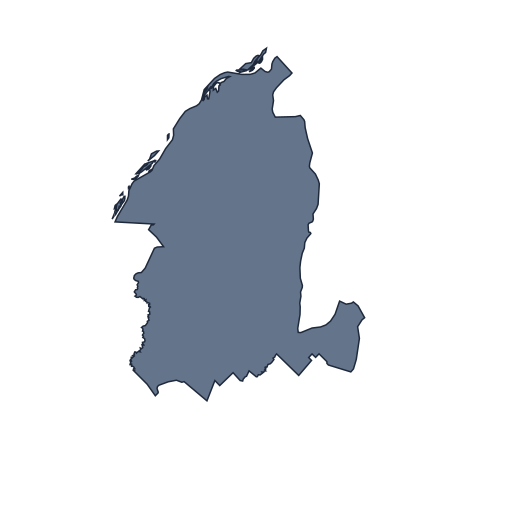 the district of Itatí, Corrientes, Argentina, rotated 307°
{"feature_id": "61730980B76052784863315", "entity_name": "Itatí", "entity_type": "district", "adm_level": 2, "iso_a3": "ARG", "parent_name": "Argentina", "parent_adm1": "Corrientes", "projection": "orthographic", "projection_center": [-58.126, -27.604], "detail": "fine", "context": "isolated", "style": "filled", "palette": "slate", "viewbox_px": 512, "rotation_deg": 307, "n_neighbors": 0, "source": "geoboundaries", "source_scale": "gbopen_adm2", "svg_char_len": 6172}
<svg xmlns="http://www.w3.org/2000/svg" viewBox="0 0 512 512"><g transform="rotate(307 256 256)"><path d="M207.8,176.6L203.7,171.7L201.1,170.2L179.6,174.8L173.8,174.4L171.6,172.0L169.6,170.9L167.2,170.6L164.7,171.7L164.0,172.9L164.0,174.8L164.9,177.2L164.0,178.2L161.4,178.4L160.7,179.9L159.5,180.2L158.7,181.2L157.7,181.3L156.6,180.2L154.1,180.4L153.4,183.5L152.3,184.0L151.1,183.5L151.1,185.4L152.1,186.9L153.8,187.7L153.7,191.5L154.6,191.8L154.7,192.4L153.3,193.5L154.8,194.4L153.4,195.1L153.5,196.7L153.0,197.3L153.6,197.5L154.2,199.5L153.3,200.2L152.6,199.5L151.2,200.7L151.9,201.6L151.7,202.4L150.4,202.2L147.1,203.5L147.5,204.5L145.7,206.2L144.0,205.3L143.9,205.9L142.7,206.1L142.6,207.1L142.0,206.9L140.3,209.2L138.4,208.5L137.5,209.5L133.9,209.5L132.0,208.0L130.0,207.6L130.1,208.9L129.3,209.9L127.7,210.6L128.1,211.4L126.8,212.9L124.9,212.8L124.4,213.0L124.2,214.4L122.8,214.6L123.0,216.7L121.8,218.1L120.5,218.7L118.7,217.3L117.8,218.3L117.0,218.3L117.7,219.3L117.4,220.0L116.2,218.8L114.6,220.7L113.2,220.3L112.9,219.0L112.0,220.1L110.2,220.2L109.8,221.2L109.4,220.4L109.7,219.7L106.6,218.9L107.0,218.3L106.6,217.0L104.8,217.3L104.0,218.2L102.4,217.5L102.7,218.9L101.2,218.6L100.1,217.3L99.6,217.6L99.8,218.4L97.7,218.2L97.1,219.9L96.6,219.8L96.4,218.8L94.9,220.7L93.8,220.4L93.4,220.9L94.6,221.9L93.0,223.0L93.8,223.8L93.7,225.6L93.0,227.0L92.2,226.1L91.3,226.5L91.3,227.6L90.8,227.2L88.1,246.3L83.8,259.7L87.7,260.2L88.5,259.8L90.5,256.8L92.4,255.9L94.3,256.2L102.7,261.6L108.9,267.2L110.5,272.7L112.4,274.2L110.8,304.0L131.8,298.1L130.7,305.0L149.0,307.9L147.0,318.3L148.1,320.6L149.9,319.9L153.2,320.1L154.2,320.8L160.1,319.6L159.7,328.9L160.5,329.7L162.6,329.3L163.4,330.8L166.5,331.7L166.9,330.6L167.8,332.1L169.0,331.9L170.0,332.8L170.0,332.1L171.0,332.0L170.9,331.3L171.9,331.5L172.3,330.6L172.8,331.0L173.1,330.5L174.0,331.6L176.6,330.8L178.4,332.2L180.3,332.6L184.1,332.6L184.7,331.1L186.7,331.8L188.1,331.3L190.2,331.4L186.3,362.0L206.0,363.2L206.6,359.2L211.5,359.7L210.9,364.6L215.8,365.2L214.3,376.2L212.9,377.3L212.5,379.4L220.5,401.5L224.5,401.8L233.8,398.3L252.4,388.2L260.7,379.7L268.9,379.1L272.1,379.9L277.6,367.5L277.9,361.4L275.8,360.7L271.8,357.0L270.3,349.9L257.1,354.2L248.8,354.7L243.0,353.3L238.2,350.3L232.2,344.1L221.8,337.9L220.4,335.7L223.3,332.9L235.7,326.4L242.0,321.9L244.7,319.3L250.9,316.1L254.1,313.2L258.7,311.9L260.4,310.8L264.9,304.8L273.2,298.0L278.8,294.7L286.0,291.3L291.3,289.9L296.1,286.9L301.0,285.9L306.9,286.3L307.5,285.3L306.9,283.7L307.6,282.8L312.3,278.8L314.1,278.6L317.0,280.3L318.2,280.3L320.0,279.6L323.9,276.2L330.2,275.8L334.6,274.5L351.8,263.1L354.1,260.0L357.2,254.1L358.8,245.8L359.8,244.6L362.8,242.9L372.2,239.1L380.8,226.6L388.1,218.0L392.7,213.9L393.7,212.2L394.9,206.8L391.0,203.6L378.5,187.8L380.9,182.9L383.1,180.5L390.6,176.5L394.7,172.4L397.7,171.2L402.7,171.1L413.6,172.3L420.3,174.3L423.8,174.6L427.9,152.8L425.4,152.0L421.3,152.4L418.9,153.2L414.5,155.9L410.9,155.6L409.7,154.6L408.8,152.1L409.0,146.8L401.5,145.0L397.7,142.2L392.5,135.4L385.9,122.7L383.5,120.6L379.4,118.2L372.8,116.0L357.7,114.5L347.7,118.6L343.3,119.0L340.1,118.1L334.0,114.5L329.0,112.5L320.0,112.4L307.8,113.5L302.8,117.6L298.5,119.3L287.4,119.2L275.3,120.7L266.8,120.1L261.8,121.4L259.7,121.0L242.6,113.6L239.3,113.5L231.6,115.2L227.1,118.1L223.0,119.5L204.3,121.5L198.4,122.9L220.2,155.4L219.2,155.3L217.6,153.7L212.4,154.4L211.2,165.2L207.8,176.6ZM368.4,118.5L371.8,119.2L376.8,121.5L383.0,126.1L383.5,127.1L379.8,125.5L376.1,125.4L373.6,123.8L372.0,123.7L372.2,122.6L371.8,121.2L370.3,120.1L364.9,119.7L365.7,118.8L368.4,118.5ZM369.6,124.0L365.2,126.8L363.5,126.5L365.6,123.0L362.8,122.1L366.0,120.1L370.1,120.3L371.6,121.2L371.9,122.5L371.1,124.5L369.6,124.0ZM350.0,119.4L350.6,118.6L352.5,118.1L358.3,118.1L360.4,118.6L360.8,119.1L359.5,120.4L353.0,123.7L352.3,122.7L355.0,120.0L350.7,119.1L350.7,119.9L349.9,120.4L347.7,120.2L350.0,119.4ZM354.0,116.5L353.4,116.9L353.5,116.5L355.1,115.6L358.5,115.0L361.7,115.7L359.7,116.4L354.0,116.5ZM361.5,118.0L363.3,118.2L363.0,118.7L364.0,118.1L364.6,118.6L364.1,119.5L363.1,119.5L361.5,118.0ZM403.5,132.0L395.3,130.5L397.6,133.5L399.4,137.3L407.1,138.7L410.6,137.9L418.1,138.3L417.4,136.8L415.8,135.8L412.5,135.2L407.6,135.9L403.5,132.0ZM424.1,138.0L419.4,138.7L415.4,138.3L412.7,138.9L411.7,140.0L411.4,140.2L409.8,139.5L408.8,140.2L407.3,139.9L413.0,141.1L421.8,140.6L424.3,141.2L428.2,139.3L424.1,138.0ZM250.0,111.2L251.6,113.0L254.4,114.0L267.6,117.4L269.0,117.2L269.5,116.5L264.8,113.3L264.6,113.9L264.2,114.1L263.1,114.0L262.0,113.7L259.8,112.4L257.0,112.6L252.9,112.1L250.0,111.2ZM220.2,113.8L213.5,113.8L210.0,115.6L208.4,118.4L209.6,118.5L214.1,116.6L212.6,118.1L215.0,118.0L216.6,115.7L218.7,115.5L220.4,114.6L220.2,113.8ZM279.9,113.4L274.7,111.0L269.3,112.7L266.7,112.4L275.1,114.5L281.3,115.0L279.9,113.4ZM249.4,110.6L249.5,111.0L253.0,111.5L253.1,112.1L259.8,112.2L262.3,113.7L264.2,114.0L264.6,113.5L262.5,111.8L249.4,110.6ZM398.6,137.1L396.6,133.3L392.8,128.6L392.2,128.6L392.5,130.6L393.5,132.3L392.8,132.5L398.6,137.1ZM224.7,115.4L224.3,114.8L221.4,115.2L218.1,116.5L217.1,117.6L221.1,117.6L223.5,116.4L223.1,115.5L224.7,115.4ZM407.2,138.9L399.8,137.9L408.6,140.1L409.5,139.6L410.2,139.4L411.4,140.1L412.5,138.9L411.1,138.1L407.2,138.9ZM209.5,115.4L206.2,116.7L204.7,118.9L207.6,118.5L209.5,115.4ZM247.8,112.6L245.3,112.2L242.3,110.2L243.6,112.2L245.4,112.8L243.9,113.1L248.5,113.9L249.7,113.6L247.8,112.6ZM297.9,115.3L301.1,113.1L300.7,112.8L299.1,112.7L295.6,115.3L297.9,115.3ZM404.3,140.2L399.0,139.7L402.2,141.4L404.9,141.6L405.6,141.1L404.3,140.2ZM412.5,142.2L411.5,141.4L412.2,143.0L414.3,143.4L417.0,142.9L418.0,142.1L412.5,142.2ZM263.1,116.8L258.3,116.4L261.2,118.1L264.3,117.9L263.1,116.8ZM210.6,114.3L212.3,113.6L212.6,113.3L211.6,113.1L208.5,114.4L210.0,115.4L212.2,114.1L210.6,114.3ZM226.6,111.3L221.7,110.9L223.9,111.8L224.7,112.8L226.6,111.3ZM270.2,118.6L271.9,118.4L271.5,117.5L269.8,116.8L270.2,118.6ZM198.9,118.9L202.6,118.6L203.4,117.7L198.9,118.9ZM261.9,120.4L259.4,119.4L258.7,119.8L260.8,120.8L261.9,120.4ZM235.3,112.6L234.3,112.6L233.5,113.3L234.9,113.3L235.3,112.6Z" fill="#64748b" stroke="#1e293b" stroke-width="1.5"/></g></svg>